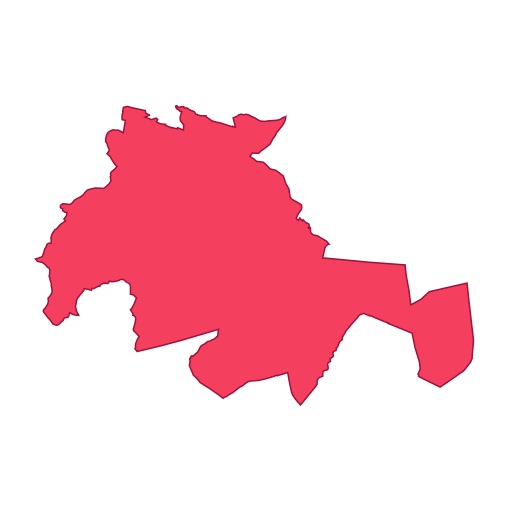 Esperanza, Puebla, Mexico, rotated 182°
{"feature_id": "50627088B28279435846357", "entity_name": "Esperanza", "entity_type": "district", "adm_level": 2, "iso_a3": "MEX", "parent_name": "Mexico", "parent_adm1": "Puebla", "projection": "albers", "projection_center": [-97.349, 18.857], "detail": "fine", "context": "isolated", "style": "filled", "palette": "rose", "viewbox_px": 512, "rotation_deg": 182, "n_neighbors": 0, "source": "geoboundaries", "source_scale": "gbopen_adm2", "svg_char_len": 6123}
<svg xmlns="http://www.w3.org/2000/svg" viewBox="0 0 512 512"><g transform="rotate(182 256 256)"><path d="M296.5,121.2L286.2,114.4L283.9,112.7L282.1,114.0L281.0,114.3L278.2,116.4L275.0,118.3L268.8,123.4L266.6,125.0L265.4,125.5L261.0,129.2L259.2,130.3L258.0,130.7L249.4,131.7L245.2,132.8L242.2,133.6L234.4,136.2L233.2,136.5L232.0,137.6L231.0,137.0L223.9,139.3L221.2,140.4L220.3,140.7L218.0,130.2L216.0,122.2L214.8,118.8L212.9,116.0L210.5,113.1L206.4,108.6L191.6,128.0L190.4,130.3L190.6,132.9L189.7,135.6L188.4,136.8L185.1,138.2L185.1,142.2L184.4,143.5L183.2,144.0L181.3,144.4L180.0,145.6L180.0,147.4L180.7,149.8L180.2,151.8L177.9,153.3L178.4,155.5L177.8,156.4L175.6,157.9L175.1,159.4L175.8,161.2L175.2,163.3L173.8,163.8L172.5,164.9L172.5,167.1L171.2,168.1L169.6,172.9L168.3,174.5L167.5,174.6L166.9,175.8L166.9,177.6L163.0,185.0L161.3,187.0L156.6,193.1L152.4,198.0L151.3,199.9L149.5,201.2L146.4,202.4L139.7,199.9L140.4,200.7L135.2,198.6L120.9,193.3L121.2,193.1L97.3,184.3L93.9,170.2L89.1,156.2L88.0,149.3L88.4,147.6L90.0,143.6L89.3,142.4L89.4,141.5L87.2,140.3L67.4,131.4L52.1,142.7L49.7,144.6L44.9,148.1L44.1,148.9L38.0,157.2L36.4,161.1L36.5,162.4L35.8,176.5L35.7,179.5L41.7,218.9L44.2,236.3L81.6,226.4L89.7,218.4L99.6,212.6L101.8,226.2L105.1,241.3L106.0,246.9L106.6,252.3L142.1,253.7L186.1,256.3L189.3,256.3L187.9,264.1L187.4,266.2L186.9,267.6L186.3,268.4L184.1,270.5L183.5,270.4L185.9,273.2L195.6,278.5L199.5,279.0L201.9,281.0L202.3,282.4L202.7,286.1L203.7,285.5L204.7,286.1L203.7,286.8L204.2,289.6L205.9,290.7L207.1,290.8L210.3,293.9L211.0,292.7L213.5,295.5L214.9,293.3L215.6,293.9L216.2,293.8L217.1,295.4L215.2,299.7L212.3,304.1L212.1,305.2L212.0,306.3L212.3,308.7L214.7,310.1L222.2,314.0L224.0,316.3L225.3,323.6L226.6,326.2L228.4,328.8L231.6,337.0L239.0,342.3L244.8,343.5L250.3,348.7L252.1,350.0L258.6,350.6L262.1,353.3L264.0,354.3L265.5,355.5L263.2,358.7L257.0,358.7L254.6,361.2L252.4,362.8L245.8,368.4L242.9,374.3L241.3,376.3L239.8,379.8L233.8,387.8L231.8,392.0L231.3,394.3L231.2,396.0L231.4,395.7L232.7,395.9L234.7,394.8L235.7,393.9L238.6,392.7L239.9,392.4L249.1,391.4L250.4,391.0L251.8,390.9L254.9,390.9L256.4,391.1L259.0,392.2L261.6,393.8L263.6,394.6L264.2,395.0L264.9,395.1L268.1,396.7L270.6,397.3L273.3,396.8L276.0,397.2L278.1,396.5L278.7,395.7L279.6,395.1L281.4,394.2L283.3,393.5L283.7,393.2L281.0,384.0L283.8,384.8L283.8,384.4L285.4,384.7L298.0,388.2L298.8,388.1L300.9,388.6L303.8,389.3L303.9,389.0L304.3,389.1L306.0,390.4L310.9,393.5L310.8,394.3L313.2,394.4L316.2,394.2L317.7,394.7L318.3,394.6L319.0,394.9L319.6,395.5L320.7,395.3L321.2,395.7L322.8,398.2L325.9,399.2L328.2,400.3L329.5,401.2L330.9,401.6L332.2,401.5L333.2,401.8L333.4,402.8L333.7,402.9L335.2,402.5L336.2,402.5L338.4,401.7L339.2,402.2L339.5,402.8L340.0,403.2L340.9,403.4L341.5,403.0L341.3,401.8L340.4,400.4L338.3,399.1L337.5,398.8L337.2,398.0L336.5,397.7L335.3,397.7L336.7,391.7L336.2,388.2L335.6,387.8L333.4,385.1L332.8,384.6L332.9,379.4L338.9,381.5L339.0,380.3L345.0,381.5L345.0,381.2L351.3,383.5L351.0,384.5L354.7,384.6L357.5,385.3L360.1,386.3L359.0,389.1L360.7,390.4L365.1,388.7L371.8,390.9L367.4,392.9L367.4,393.2L371.1,394.8L371.7,397.6L373.3,397.7L383.7,399.6L389.7,401.0L392.6,400.2L393.7,400.0L394.3,395.7L393.8,395.5L394.7,392.8L394.8,391.0L394.6,387.6L391.3,386.9L392.9,374.5L396.6,376.4L398.2,377.0L400.6,376.9L403.4,377.1L405.4,376.2L407.9,374.6L408.8,373.3L409.6,371.5L410.4,367.4L410.2,365.0L409.1,363.7L408.5,362.3L408.3,361.1L406.5,357.3L406.5,355.9L408.5,353.1L405.4,350.3L401.1,343.8L399.6,342.0L398.0,340.5L401.0,337.1L402.1,336.3L403.8,334.6L404.3,333.3L403.9,331.7L404.4,330.2L403.6,325.8L405.3,323.1L410.0,318.5L412.0,318.2L414.5,318.4L415.3,318.2L417.1,318.4L419.1,318.3L424.4,316.9L427.0,315.9L429.3,313.4L430.8,311.1L433.2,309.2L439.0,305.8L439.9,304.8L441.6,302.5L443.0,301.4L445.1,301.0L446.4,301.3L450.8,301.5L452.3,300.6L453.2,299.4L453.3,297.8L452.5,297.0L451.0,296.5L450.9,295.3L450.7,294.5L448.8,293.3L446.5,292.8L446.6,290.3L447.9,288.0L449.3,286.4L447.6,284.4L452.5,280.8L456.4,276.0L457.8,275.3L459.7,272.5L460.5,271.1L461.6,267.1L461.3,265.4L461.2,263.2L461.3,261.5L462.9,261.7L464.3,261.2L465.4,260.2L466.2,257.5L467.6,255.2L468.1,252.1L468.7,250.9L469.3,248.4L470.6,247.3L472.1,247.0L472.9,246.4L476.3,245.4L474.5,243.2L473.9,242.9L471.8,242.6L469.2,242.1L467.2,240.6L465.7,239.5L464.3,237.6L462.5,236.7L462.1,236.4L461.5,234.3L461.6,231.6L462.0,228.5L461.2,226.3L461.0,224.9L459.8,222.1L459.6,221.4L459.6,219.1L458.9,216.5L458.7,214.5L458.5,213.8L458.6,212.5L459.2,211.0L460.3,209.0L461.3,207.7L462.2,207.0L462.3,205.4L461.9,203.7L462.4,201.1L462.7,200.2L463.4,199.2L464.7,196.7L466.2,195.2L466.6,194.0L466.6,193.1L466.1,192.2L464.6,190.8L462.5,187.9L459.4,184.7L456.7,181.1L455.9,180.7L453.9,180.1L453.0,179.9L452.0,180.0L451.1,180.5L449.4,181.9L448.7,183.1L448.2,183.4L446.6,184.7L445.4,187.4L445.0,187.6L443.0,187.8L441.8,188.3L441.3,188.7L440.4,192.2L440.0,192.9L438.5,191.9L437.2,191.2L433.0,190.5L431.1,190.5L433.7,195.2L434.0,196.9L434.6,198.6L434.6,199.7L434.0,202.9L434.0,204.0L433.5,206.2L432.8,207.7L430.0,211.7L429.0,212.7L428.2,214.0L426.8,215.6L426.5,217.4L422.9,216.9L419.3,216.0L418.7,217.9L416.8,217.8L412.8,220.2L411.0,220.4L410.4,222.0L407.0,223.6L402.9,223.4L402.1,224.4L402.1,225.4L401.1,225.9L399.1,225.2L395.5,225.8L392.5,226.6L390.5,227.8L388.3,227.9L387.4,227.6L386.6,227.2L384.9,225.6L382.0,224.2L381.0,223.1L380.4,221.4L380.2,213.5L376.6,212.6L375.6,211.2L374.0,210.2L375.8,204.7L376.7,202.5L378.3,199.4L379.7,197.8L377.2,194.6L376.8,193.1L377.0,192.4L375.3,191.8L374.3,190.2L374.1,189.5L374.1,188.3L374.5,184.9L375.7,180.0L376.0,179.1L376.0,177.7L375.5,176.8L374.5,176.1L370.0,171.6L371.8,168.2L373.3,163.9L373.3,159.9L373.8,159.0L372.8,157.9L372.1,157.3L371.5,156.4L348.3,162.8L328.3,168.9L290.9,181.4L291.6,174.1L292.2,174.2L294.0,172.3L295.0,171.5L297.6,170.4L298.4,169.6L301.4,168.8L304.1,166.5L307.0,164.8L308.3,163.6L309.4,161.1L310.9,158.1L315.6,153.6L316.6,154.1L317.4,153.5L317.8,151.9L318.1,151.6L318.4,151.6L318.6,150.3L318.2,148.8L318.8,144.1L314.8,135.7L314.7,135.0L310.9,131.6L307.4,127.6L296.5,121.2Z" fill="#f43f5e" stroke="#9f1239" stroke-width="1.5"/></g></svg>